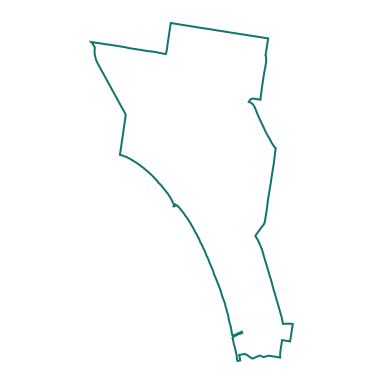 Kingston (Vic.), Victoria, Australia
{"feature_id": "25037944B58220940224419", "entity_name": "Kingston (Vic.)", "entity_type": "district", "adm_level": 2, "iso_a3": "AUS", "parent_name": "Australia", "parent_adm1": "Victoria", "projection": "albers", "projection_center": [145.1, -38.004], "detail": "fine", "context": "isolated", "style": "outline", "palette": "teal", "viewbox_px": 384, "rotation_deg": 0, "n_neighbors": 0, "source": "geoboundaries", "source_scale": "gbopen_adm2", "svg_char_len": 5973}
<svg xmlns="http://www.w3.org/2000/svg" viewBox="0 0 384 384"><path d="M119.9,154.9L120.1,155.0L120.6,155.0L121.7,155.3L125.0,156.5L125.9,156.7L126.2,156.9L126.9,157.2L127.6,157.6L128.6,158.1L129.0,158.3L129.3,158.5L130.0,158.8L130.9,159.4L131.6,159.8L134.2,161.4L136.4,162.7L136.7,163.0L137.3,163.3L138.5,164.2L139.3,164.8L139.9,165.2L140.7,165.9L141.1,166.1L141.4,166.4L141.8,166.7L142.9,167.5L143.6,168.0L144.1,168.5L145.1,169.4L145.4,169.6L145.6,169.7L146.8,170.7L147.6,171.4L147.8,171.7L148.7,172.3L148.9,172.5L150.1,173.6L150.3,173.9L151.9,175.3L152.7,176.1L152.8,176.3L153.6,177.0L153.9,177.3L154.0,177.6L154.3,177.8L154.8,178.3L155.0,178.6L156.0,179.6L156.3,179.8L156.6,180.1L157.0,180.7L157.1,180.9L157.4,181.1L157.5,181.4L157.6,181.7L157.8,181.8L158.1,182.3L158.5,182.7L158.6,183.0L158.9,183.2L159.4,183.6L159.7,183.9L159.9,184.1L160.7,184.9L161.2,185.3L161.5,185.8L162.0,186.2L162.1,186.6L162.3,186.9L162.8,187.4L163.2,188.0L163.5,188.2L163.7,188.5L164.0,189.0L164.4,189.5L165.0,190.0L165.4,190.5L166.0,191.4L166.2,191.7L166.4,192.0L166.6,192.3L167.2,192.7L167.7,193.6L167.9,194.0L168.2,194.2L168.4,194.5L168.6,194.8L168.8,195.1L169.1,195.8L169.3,196.1L169.5,196.3L169.7,196.6L170.1,197.2L170.4,197.5L170.5,197.8L171.0,198.8L171.3,199.5L171.9,200.4L172.1,200.7L172.4,201.3L172.6,201.6L172.6,202.0L172.9,202.9L173.3,203.4L173.5,203.7L174.2,204.7L173.6,206.0L173.9,206.1L174.6,204.5L174.8,204.3L175.0,204.4L175.1,204.5L175.0,204.9L174.2,206.3L174.4,206.3L174.8,205.7L176.7,205.2L176.8,205.2L177.0,205.3L177.2,205.5L177.4,205.9L177.7,206.2L177.9,206.4L178.2,206.6L179.4,207.8L179.8,208.3L180.4,209.2L180.9,209.7L181.9,211.0L182.4,211.5L182.6,211.8L183.2,212.7L183.8,213.4L184.1,213.7L184.3,213.9L185.0,215.2L185.1,215.5L186.2,216.8L186.6,217.4L187.3,218.2L187.4,218.5L187.8,219.1L188.2,219.7L188.4,220.0L188.8,220.5L189.1,221.1L189.5,221.7L189.7,222.0L190.1,222.6L190.3,222.9L190.6,223.5L190.8,223.8L191.1,224.4L191.3,224.7L191.4,225.1L191.8,225.7L192.3,226.6L192.6,226.8L192.9,227.4L193.5,228.7L194.1,229.6L194.2,230.0L194.4,230.3L194.8,231.3L195.2,231.9L195.5,232.5L195.7,232.8L196.0,233.4L196.4,234.0L196.8,234.6L197.4,235.9L197.9,236.9L198.4,237.7L198.5,238.0L198.7,238.3L199.0,239.0L199.3,239.6L199.6,240.3L199.7,240.7L200.1,241.7L200.4,242.3L200.9,243.3L201.5,244.2L201.9,245.2L202.1,245.5L202.3,245.8L202.5,246.1L203.0,247.5L203.4,248.5L203.8,249.0L204.0,249.3L204.4,250.3L204.7,250.9L205.0,251.6L205.1,252.0L205.6,253.0L205.7,253.3L205.9,254.1L206.2,254.7L206.3,255.1L206.4,255.4L206.8,256.1L207.3,256.9L207.5,257.3L207.8,258.4L208.2,259.0L208.4,259.3L208.5,259.6L208.7,260.4L209.0,261.1L209.1,261.4L209.2,261.8L209.6,262.8L210.2,264.1L211.1,266.1L211.3,266.9L211.5,267.2L211.8,267.8L212.8,270.2L213.1,270.8L213.5,272.4L213.8,273.1L213.9,273.9L214.1,274.6L214.3,274.9L214.8,275.9L215.2,276.9L215.7,277.9L216.0,278.9L216.4,279.6L216.5,279.9L216.7,280.7L216.9,281.0L217.1,281.3L217.3,282.0L217.5,282.7L217.7,283.1L218.0,283.7L218.2,284.4L219.1,286.4L219.4,287.5L219.7,288.2L220.0,288.9L220.2,289.6L220.3,290.0L220.6,290.6L220.8,291.3L221.0,291.6L221.1,292.0L221.2,292.8L221.5,293.5L221.7,294.3L221.8,294.7L221.8,295.1L221.9,295.5L222.1,296.2L222.5,296.9L222.7,297.6L223.2,299.0L223.6,299.6L223.7,300.0L224.2,301.4L224.3,301.8L224.6,302.5L224.9,303.6L225.0,303.8L225.1,304.7L225.2,305.1L225.4,305.8L225.7,307.0L226.2,308.3L226.4,309.1L226.7,309.9L226.6,310.1L226.8,310.9L226.9,311.3L227.0,311.7L227.4,312.8L227.6,313.5L227.9,314.3L228.0,314.7L228.3,316.3L228.5,317.1L228.6,317.5L228.6,318.0L228.7,318.4L228.7,318.8L228.7,319.3L228.8,319.7L229.1,320.4L229.2,320.9L229.3,321.3L229.5,322.0L229.8,323.6L230.2,324.7L230.6,325.9L230.9,327.5L231.2,329.2L231.3,329.6L231.3,330.0L231.5,330.8L231.6,331.7L231.9,333.4L232.0,334.2L232.2,334.6L232.3,334.9L232.6,335.5L232.4,335.8L232.3,336.1L232.2,336.2L233.7,335.1L235.7,334.6L237.6,333.5L241.2,332.1L241.4,331.9L241.7,331.7L242.2,333.0L239.2,334.1L238.8,334.2L237.9,334.3L237.3,334.7L236.5,335.3L235.2,335.7L234.2,336.5L233.7,336.7L233.2,336.7L232.9,336.9L232.7,337.3L232.5,338.1L232.7,338.4L232.9,338.6L233.1,339.5L233.0,340.0L233.1,340.4L233.3,341.2L233.3,341.6L233.5,342.4L233.6,342.8L233.9,344.0L234.2,345.1L234.4,345.9L234.7,347.1L234.9,347.9L235.1,348.7L235.3,349.5L235.5,350.2L235.6,350.6L235.7,351.0L235.8,351.4L236.0,352.6L236.2,353.4L236.5,354.6L236.6,355.0L236.7,355.8L236.8,356.3L236.8,358.7L236.9,359.1L237.3,360.1L237.5,361.0L240.2,360.4L239.2,355.0L244.4,354.0L245.1,354.4L245.4,354.2L245.5,354.2L246.0,354.3L251.7,358.3L252.3,358.5L253.1,358.3L255.4,357.4L256.1,357.0L259.8,355.6L263.6,357.1L268.5,355.7L278.4,357.2L278.7,357.3L279.3,357.5L280.2,357.6L280.1,355.7L280.4,351.2L282.1,340.1L290.1,341.4L292.8,324.0L291.1,323.7L282.9,323.8L282.2,319.6L281.5,316.8L277.8,303.8L277.2,301.9L273.1,287.8L271.8,282.7L264.2,257.3L262.3,250.5L260.1,245.0L258.2,240.7L255.3,235.8L261.5,227.3L263.7,224.5L264.8,222.0L267.4,205.4L267.3,204.9L268.2,198.4L270.8,182.9L271.1,180.2L273.8,163.4L275.3,151.1L275.8,148.2L275.4,148.0L275.1,147.8L274.8,147.4L273.0,144.8L272.3,143.8L271.5,142.5L270.9,141.4L270.2,139.9L268.8,137.4L267.8,135.8L266.3,133.1L265.3,131.1L263.5,127.2L262.1,124.3L258.3,116.1L254.6,107.0L253.9,105.8L252.9,104.3L251.4,103.2L249.7,102.1L248.8,101.9L249.5,100.7L249.9,100.1L250.2,99.7L250.7,99.3L251.3,99.0L251.8,98.8L252.7,98.5L260.4,99.7L261.3,92.6L262.5,83.6L264.3,72.1L264.7,70.1L264.9,69.4L265.1,68.3L265.9,63.4L266.2,61.6L266.2,61.1L266.2,60.2L266.1,59.4L266.1,56.1L265.5,55.6L268.2,38.4L247.7,35.2L229.2,32.3L205.2,28.5L201.0,27.9L195.7,27.0L175.5,23.8L170.8,23.0L170.5,24.8L168.8,36.0L166.7,50.5L166.3,52.1L166.0,54.0L163.9,53.8L161.0,53.2L155.9,52.1L152.2,51.5L147.9,51.2L143.1,50.3L128.3,48.0L125.2,47.2L110.8,44.9L105.5,44.2L100.5,43.4L92.3,42.2L91.2,42.0L92.2,43.2L92.9,44.0L94.4,46.9L94.8,47.4L94.6,49.8L94.6,53.5L94.9,55.5L95.4,57.3L96.0,59.7L96.8,61.7L98.0,64.0L113.3,91.9L119.3,102.9L125.8,114.7L124.3,124.8L122.1,140.2L119.9,154.9Z" fill="none" stroke="#0f766e" stroke-width="2"/></svg>